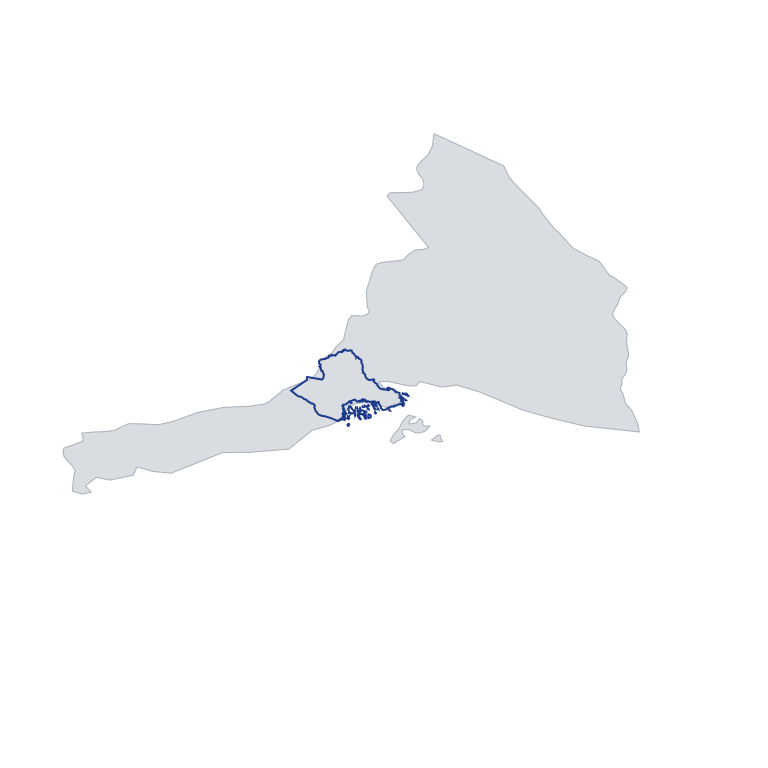 Ghelaelo, Semenawi Keyih Bahri, Eritrea shown in context, rotated 120°
{"feature_id": "51966322B44831299318058", "entity_name": "Ghelaelo", "entity_type": "district", "adm_level": 2, "iso_a3": "ERI", "parent_name": "Eritrea", "parent_adm1": "Semenawi Keyih Bahri", "projection": "natural_earth1", "projection_center": [40.103, 14.909], "detail": "fine", "context": "in_parent", "style": "outline", "palette": "blue", "viewbox_px": 768, "rotation_deg": 120, "n_neighbors": 0, "source": "geoboundaries", "source_scale": "gbopen_adm2", "svg_char_len": 8557}
<svg xmlns="http://www.w3.org/2000/svg" viewBox="0 0 768 768"><g transform="rotate(120 384 384)"><path d="M142.2,465.4L139.9,440.4L138.4,423.7L136.8,406.0L135.3,389.2L142.4,379.0L145.7,369.2L154.3,337.5L157.6,331.2L164.3,314.2L165.3,309.3L171.9,287.9L171.3,273.6L170.1,259.2L173.6,250.7L176.9,243.9L176.7,238.2L178.2,224.7L179.2,221.4L183.1,221.2L191.1,222.9L197.0,221.6L203.7,221.6L209.0,221.2L212.1,217.1L216.4,201.4L219.1,198.3L221.3,197.3L227.2,194.4L232.4,189.9L236.6,186.6L238.1,186.0L242.5,185.6L246.9,183.6L249.0,181.4L254.6,179.7L260.0,180.7L263.7,178.7L266.1,177.5L268.9,177.4L271.4,175.6L272.5,172.8L274.1,171.0L278.4,167.0L280.4,164.0L281.2,161.1L282.1,158.7L284.0,154.7L291.4,144.7L297.9,138.9L320.1,189.3L329.1,219.1L337.1,250.1L343.0,296.8L348.6,320.5L357.7,332.2L364.0,354.4L369.3,355.2L373.2,361.3L379.9,382.1L384.7,389.9L387.2,383.2L386.9,379.4L385.0,373.0L386.8,364.7L390.5,359.8L399.0,366.5L403.6,371.6L404.9,381.8L406.8,387.5L415.7,399.5L423.3,403.0L433.0,403.9L441.2,406.5L447.7,410.9L460.0,423.1L488.0,433.8L510.6,466.6L523.9,489.3L567.6,523.7L575.2,540.2L579.2,556.3L588.4,555.6L604.2,573.2L608.8,586.6L621.7,591.5L623.9,583.6L630.2,590.1L632.7,600.2L624.4,604.2L615.3,607.8L614.1,607.6L611.0,612.3L606.8,625.0L602.0,628.7L599.5,629.1L585.3,617.1L583.1,616.5L580.0,618.8L577.8,621.2L571.2,612.2L566.3,604.2L559.5,594.7L553.0,590.4L545.9,585.1L539.0,572.6L532.0,558.8L521.5,547.6L502.0,531.3L484.1,510.8L470.4,489.3L461.6,478.1L457.8,475.2L439.6,468.2L426.8,458.4L417.0,450.3L411.0,448.1L405.2,447.8L392.8,449.4L382.5,444.4L378.1,444.4L371.2,442.9L365.8,441.1L359.4,443.2L346.3,446.9L341.0,446.1L338.1,441.0L336.3,437.1L331.8,433.1L328.1,433.1L326.0,436.7L312.3,445.8L289.4,450.9L284.0,450.5L280.0,446.9L268.4,431.2L265.2,428.7L262.5,428.5L257.2,426.6L252.2,423.6L247.8,417.2L243.4,413.6L238.7,426.1L230.3,448.0L225.8,459.7L220.0,474.8L218.2,475.3L215.3,474.2L203.9,455.4L196.8,448.3L191.4,449.0L187.5,452.5L185.0,458.7L182.3,462.6L179.4,464.1L173.2,463.4L163.6,460.4L153.7,461.0L143.6,465.3L142.2,465.4ZM411.1,340.1L414.1,344.8L416.3,344.3L418.0,342.8L419.2,339.5L430.9,346.0L430.2,350.2L423.2,350.5L415.1,348.7L407.7,349.3L398.8,347.4L396.7,340.1L402.4,343.7L405.3,342.8L405.8,341.8L401.8,336.9L396.1,335.9L396.5,332.0L399.1,330.5L400.6,328.6L397.4,323.3L403.8,324.5L407.8,327.7L410.4,331.5L411.1,340.1ZM406.3,306.5L408.8,314.9L401.5,311.7L400.3,309.9L403.5,306.6L404.2,304.6L406.3,306.5Z" fill="#d9dde1" stroke="#a8b0b8" stroke-width="1"/><path d="M439.2,405.5L438.7,405.5L438.1,404.4L437.6,404.2L437.8,404.6L437.4,404.8L436.8,404.5L436.0,402.9L435.3,402.9L434.8,403.5L434.3,403.0L433.5,402.8L433.4,402.4L433.7,402.1L434.5,402.5L435.1,400.9L434.9,400.3L434.4,400.7L433.9,400.2L433.6,400.3L433.8,400.9L432.1,401.2L431.1,402.6L432.8,403.3L431.5,403.8L430.7,405.0L429.5,405.1L429.4,404.1L428.7,403.2L429.8,402.3L428.8,401.7L429.0,401.2L428.1,402.5L428.2,403.1L427.8,403.4L427.7,403.7L428.0,404.0L427.7,404.5L427.6,404.0L427.1,405.4L427.4,405.0L427.7,405.1L427.0,406.2L426.5,405.8L426.5,406.7L426.1,407.1L425.5,406.9L425.5,406.3L425.1,406.5L424.9,406.9L425.3,407.4L424.1,407.9L423.9,409.1L422.5,409.2L420.7,406.7L418.6,406.2L417.7,405.4L416.2,405.3L415.2,404.0L412.4,401.9L412.1,400.5L412.8,398.8L411.8,397.2L411.4,397.5L411.0,397.1L411.4,396.0L409.7,395.7L410.0,394.9L409.3,394.7L409.1,394.2L408.9,395.3L407.7,394.8L407.5,393.9L407.8,393.4L407.4,393.4L407.1,392.5L407.7,392.5L408.4,393.8L408.8,393.6L408.3,393.4L408.3,392.8L407.9,392.4L408.2,391.3L407.9,391.2L408.1,390.3L407.7,390.5L407.4,389.6L406.9,389.4L406.6,387.3L404.3,384.5L403.6,382.7L403.8,382.1L404.8,381.5L404.8,380.9L402.9,380.3L402.3,379.7L404.4,377.3L405.0,375.6L406.6,374.4L407.1,372.0L404.9,369.3L404.0,368.7L403.0,368.8L401.6,367.3L399.7,366.3L398.6,364.0L397.4,364.0L396.7,362.8L393.5,360.2L393.2,360.2L392.6,358.7L392.1,358.7L392.4,358.0L391.7,356.8L391.1,356.6L390.8,356.9L391.3,357.8L391.2,358.3L389.9,358.6L389.9,360.3L390.0,360.3L390.2,360.6L388.6,361.3L388.1,360.6L388.7,360.5L389.0,359.7L388.6,359.1L388.3,359.2L388.0,360.6L388.2,362.1L388.1,362.9L387.7,363.0L387.8,363.3L387.6,363.2L387.1,360.9L387.1,362.4L388.0,364.4L387.3,363.5L386.9,362.5L386.9,361.3L386.7,361.2L386.0,363.3L386.1,364.6L384.0,366.1L384.7,369.3L384.6,370.2L384.8,369.8L385.1,370.2L384.2,371.1L384.5,371.9L384.0,373.5L384.6,375.2L384.8,378.0L385.4,378.9L385.9,378.9L385.7,378.3L386.0,377.3L386.7,376.7L387.2,377.0L388.2,380.6L388.2,380.4L388.9,381.5L388.9,382.2L389.5,382.9L389.8,384.7L389.7,386.1L388.8,387.9L388.8,388.8L387.6,389.7L387.4,390.3L387.6,392.2L387.1,393.0L386.8,394.5L385.2,394.6L385.1,394.9L385.8,396.2L387.6,398.0L388.0,399.2L388.0,401.4L386.9,403.7L385.0,405.5L384.7,408.1L383.7,408.2L382.3,409.9L380.1,410.6L379.9,411.1L377.7,412.5L376.8,414.4L374.9,415.2L374.4,416.6L374.7,418.1L373.9,419.4L374.2,419.5L374.0,420.1L374.2,420.9L375.0,421.1L373.9,421.7L374.0,423.2L372.8,425.2L372.8,426.8L371.2,428.9L371.8,429.6L372.0,430.6L373.3,431.6L374.2,435.1L373.8,435.2L374.2,435.7L375.2,436.3L376.0,435.7L376.5,436.5L377.4,436.3L377.6,437.3L379.3,439.4L383.6,440.3L383.5,441.1L384.0,441.2L384.9,443.3L385.4,443.4L385.2,444.0L386.1,444.0L387.1,445.7L388.7,445.1L390.5,446.8L391.3,447.0L393.8,450.4L395.8,451.6L397.4,451.4L398.1,450.6L398.7,450.4L398.7,449.6L399.7,448.1L401.1,448.7L401.7,446.6L402.8,446.3L404.0,444.6L403.4,444.0L403.5,443.6L405.7,441.2L405.7,440.8L408.9,439.6L411.1,439.8L416.4,454.1L419.0,452.8L436.2,461.1L437.5,452.9L437.4,451.7L436.5,449.2L437.0,445.5L436.4,443.6L437.1,441.9L437.0,438.8L437.3,437.7L436.6,436.0L436.6,434.6L437.2,433.1L438.8,432.9L441.3,430.1L443.0,426.0L443.1,424.9L442.5,421.3L441.6,419.6L440.0,412.4L439.2,405.5ZM425.1,396.3L422.3,395.8L422.5,396.2L421.9,397.0L422.1,398.2L421.0,400.1L421.2,400.5L420.2,401.8L420.7,403.1L422.0,402.5L423.4,402.7L425.2,400.3L426.6,399.8L425.9,399.1L425.6,397.7L426.0,397.6L425.1,396.3ZM422.4,383.3L420.1,383.9L419.4,384.9L417.7,386.0L418.0,387.2L417.5,387.5L417.4,388.8L417.9,389.6L417.8,390.2L418.7,390.4L419.3,391.6L421.4,390.1L421.6,388.9L420.0,386.7L420.6,386.4L421.3,386.9L421.6,385.0L422.8,384.2L422.8,383.6L422.4,383.3ZM420.3,381.3L421.1,380.0L420.2,379.2L419.1,378.9L417.8,379.7L417.6,380.7L418.0,381.3L418.1,382.2L420.3,381.3ZM382.4,357.3L382.2,357.0L381.1,359.5L381.5,360.6L382.3,361.3L382.7,363.1L383.2,362.9L382.8,362.5L383.0,361.9L382.3,360.4L382.5,360.1L382.2,358.2L382.4,357.3ZM425.7,388.1L424.9,388.4L424.3,389.4L423.1,389.9L422.9,390.3L423.1,390.0L423.6,390.1L423.5,390.8L423.9,391.0L425.4,390.0L425.9,388.8L425.7,388.1ZM437.9,393.7L436.5,393.9L435.6,395.1L436.0,394.8L437.0,395.2L437.8,395.1L438.3,394.4L437.9,393.7ZM432.1,397.1L430.9,397.1L430.4,397.6L430.1,399.1L431.0,398.6L432.2,398.8L432.1,397.1ZM393.1,356.3L392.9,356.8L392.3,356.9L392.3,357.5L393.2,358.3L393.6,356.7L393.1,356.3ZM406.8,382.7L404.5,383.0L404.3,383.6L404.7,383.9L405.8,382.9L405.8,383.7L406.4,383.5L406.3,382.9L406.8,382.7ZM407.6,383.2L406.9,383.4L406.9,384.3L406.2,385.1L406.5,385.2L406.6,384.7L407.2,385.0L407.8,383.6L407.6,383.2ZM426.0,393.1L425.0,393.1L424.1,394.1L425.3,393.8L426.0,393.1ZM421.1,393.3L421.0,392.9L420.4,392.6L419.5,393.8L421.1,393.3ZM407.0,379.1L406.6,379.2L405.8,380.3L406.8,380.4L407.3,379.5L407.0,379.1ZM413.6,377.3L413.7,376.5L413.2,376.4L412.6,377.7L413.6,377.3ZM412.9,386.3L413.8,385.5L413.6,384.5L413.0,385.2L412.9,386.3ZM426.4,387.6L426.3,386.6L426.0,386.5L425.7,388.0L426.4,387.6ZM410.1,380.4L410.4,379.5L410.1,378.9L409.9,380.2L409.5,380.4L408.9,381.1L409.4,381.1L409.5,380.5L410.1,380.4ZM387.0,358.6L387.4,356.9L387.1,356.6L386.8,357.5L387.0,358.6ZM408.6,382.4L408.4,381.9L408.4,382.3L407.6,382.4L407.6,382.9L408.0,383.1L408.6,382.4ZM413.2,389.2L412.8,388.6L412.5,389.5L413.2,389.2ZM411.2,387.1L410.7,386.4L410.4,386.3L410.6,386.9L410.3,387.1L411.1,387.4L411.2,387.1ZM417.4,392.3L416.9,392.4L416.7,392.8L417.3,392.8L417.4,392.3ZM423.1,382.6L422.8,382.0L422.4,382.3L422.9,382.6L423.1,382.6ZM414.6,391.0L414.4,390.7L414.0,391.2L414.5,391.3L414.6,391.0ZM418.5,395.6L419.0,395.1L418.2,395.5L418.5,395.6ZM422.4,391.4L421.9,391.6L421.9,391.8L422.2,391.8L422.4,391.4ZM418.7,396.5L419.2,396.3L418.8,396.2L418.7,396.5ZM407.8,377.7L408.2,377.1L408.3,376.7L407.9,377.1L407.8,377.7ZM386.8,360.6L386.8,360.2L386.6,360.1L386.5,360.3L386.8,360.6ZM416.0,386.3L416.4,386.1L416.4,385.9L416.0,386.3ZM429.7,401.7L429.6,401.4L429.6,402.0L429.7,401.7ZM416.7,403.3L417.0,403.1L416.7,402.9L416.7,403.3ZM403.9,366.4L404.2,366.3L404.1,365.9L403.9,366.4ZM428.4,398.6L428.5,398.2L428.4,398.2L428.4,398.6ZM387.5,363.6L387.3,363.1L387.4,363.4L387.5,363.6Z" fill="none" stroke="#1e3a8a" stroke-width="2"/></g></svg>